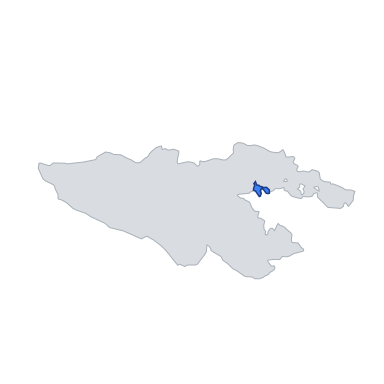 Aravan, Osh, Kyrgyzstan (highlighted), rotated 202°
{"feature_id": "92254566B45437421976043", "entity_name": "Aravan", "entity_type": "district", "adm_level": 2, "iso_a3": "KGZ", "parent_name": "Kyrgyzstan", "parent_adm1": "Osh", "projection": "equal_earth", "projection_center": [72.448, 40.46], "detail": "fine", "context": "in_parent", "style": "filled", "palette": "blue", "viewbox_px": 384, "rotation_deg": 202, "n_neighbors": 0, "source": "geoboundaries", "source_scale": "gbopen_adm2", "svg_char_len": 4073}
<svg xmlns="http://www.w3.org/2000/svg" viewBox="0 0 384 384"><g transform="rotate(202 192 192)"><path d="M87.9,227.3L88.8,226.7L91.7,226.1L97.6,225.5L99.6,226.0L103.6,228.4L106.7,228.1L107.2,228.4L108.4,230.5L112.7,227.5L115.8,226.6L117.3,223.6L120.7,220.0L123.5,219.4L123.5,220.0L124.1,220.5L127.0,221.3L127.9,220.4L128.3,219.1L127.3,217.0L127.3,216.2L128.2,214.9L132.8,216.9L133.8,216.8L135.9,215.7L137.9,213.8L138.6,212.2L148.0,207.3L148.7,206.4L148.5,205.7L144.6,204.6L142.8,205.2L141.1,205.2L140.1,204.5L135.3,204.2L134.3,203.7L131.1,200.2L127.2,197.9L125.2,198.0L123.0,199.0L122.3,198.6L122.1,195.2L121.6,193.2L120.3,192.7L118.5,193.5L113.7,192.4L113.1,188.2L111.3,184.5L108.8,183.0L108.7,180.8L107.8,179.8L107.1,180.1L106.1,181.2L106.5,183.7L106.2,186.1L105.6,187.4L104.5,188.3L103.2,188.3L101.0,187.1L100.6,194.5L100.2,195.0L97.6,193.9L95.5,194.4L92.4,193.9L90.0,192.7L85.5,191.3L83.3,189.9L82.0,184.9L80.8,183.1L79.6,182.8L74.7,184.5L69.7,181.4L67.3,180.8L66.6,179.9L66.8,178.7L74.4,173.2L77.4,169.4L79.3,167.7L84.1,166.0L85.2,162.5L85.6,162.1L90.4,160.4L95.9,157.4L96.0,156.5L95.4,155.8L90.6,153.0L88.1,154.3L86.7,152.7L86.7,151.0L88.3,148.1L89.7,146.7L90.3,144.0L92.3,142.1L94.3,139.2L96.8,136.9L101.3,135.1L103.9,135.7L106.2,135.2L109.9,133.8L112.2,133.7L121.6,135.9L124.8,136.0L132.1,138.9L137.9,140.3L140.7,143.0L149.9,144.3L152.5,145.1L153.4,146.4L156.0,148.1L158.3,148.5L156.3,141.9L157.0,137.9L159.9,127.2L161.4,125.6L168.9,122.6L170.6,120.3L176.0,120.4L177.1,120.0L177.7,118.7L194.5,128.1L200.8,130.7L209.6,133.1L217.0,134.0L218.2,133.4L221.1,129.7L222.5,129.6L240.9,130.2L254.0,128.3L255.9,128.4L260.8,130.4L276.4,131.1L282.5,132.4L292.1,131.9L296.2,132.2L303.6,134.8L306.2,135.4L311.0,135.8L312.9,135.3L313.9,135.9L315.1,139.3L319.8,143.5L321.5,145.8L323.3,146.8L331.9,147.4L335.2,148.4L343.4,156.4L344.6,161.1L343.8,162.1L335.4,162.7L333.5,163.4L331.6,166.9L320.4,171.2L318.7,171.1L303.7,179.2L293.4,186.0L293.0,189.3L287.1,196.7L282.5,197.7L278.5,197.5L272.1,199.8L263.8,199.0L261.0,199.1L255.5,198.1L253.4,198.6L251.1,200.1L248.0,206.1L246.7,207.5L246.1,208.9L245.7,211.8L244.5,214.9L241.9,219.6L239.6,221.8L237.5,223.2L235.7,220.3L232.9,222.3L230.3,221.9L228.7,222.4L225.0,224.9L219.6,224.9L219.0,224.0L217.8,217.1L216.8,213.9L216.0,213.2L215.1,213.1L207.3,218.5L203.7,219.4L200.8,219.6L196.9,218.0L196.0,218.4L195.4,219.3L195.1,220.4L196.3,223.4L196.0,224.0L194.2,224.0L191.8,224.7L184.4,231.0L179.6,232.7L175.2,233.3L172.6,234.5L171.2,236.8L168.3,243.4L168.5,244.8L169.7,246.6L170.6,250.5L170.4,251.6L168.1,254.9L165.1,255.9L162.7,256.4L158.2,255.9L155.8,256.6L151.6,259.1L148.1,259.6L141.4,259.6L134.9,258.7L132.7,259.0L127.0,260.5L125.0,262.8L123.9,265.0L123.4,265.3L121.1,263.3L118.1,259.9L116.7,260.0L111.5,262.8L110.7,262.7L109.2,261.6L109.4,257.3L107.7,256.4L104.2,256.2L103.0,255.3L103.4,252.5L103.0,251.4L102.1,250.6L100.2,250.9L96.5,253.2L92.2,254.0L90.7,254.7L89.0,257.7L83.2,258.4L81.4,257.7L77.9,252.1L74.9,251.3L71.9,251.5L67.7,252.9L66.7,251.7L65.7,251.4L64.7,252.3L59.6,252.5L54.5,252.4L51.5,251.7L49.6,251.8L45.8,253.3L41.2,253.6L40.8,248.4L39.4,244.9L40.9,239.1L41.7,237.2L45.1,239.4L46.4,239.0L46.7,237.9L46.2,235.3L48.0,232.5L60.2,228.6L73.7,234.3L75.4,237.9L76.6,237.7L78.5,236.1L79.1,233.0L81.7,231.3L87.6,229.2L87.9,227.3ZM94.8,240.0L95.0,239.5L94.0,236.8L95.4,234.3L92.7,233.9L91.3,233.1L89.7,230.6L89.2,230.5L88.4,231.2L87.9,232.8L88.3,234.6L90.3,236.3L89.3,239.9L93.4,240.4L94.8,240.0ZM80.6,242.5L80.5,241.7L79.6,241.4L74.5,240.4L74.7,241.1L76.6,243.8L78.1,243.9L80.6,242.5ZM110.8,237.9L111.1,236.2L108.1,237.2L107.7,238.0L108.7,239.1L110.1,239.5L110.8,237.9Z" fill="#d9dde1" stroke="#a8b0b8" stroke-width="1"/><path d="M135.7,216.7L134.1,216.7L133.5,216.7L127.9,213.0L127.1,213.8L127.3,216.7L128.9,218.2L129.2,219.7L128.7,221.5L127.4,221.4L125.7,220.5L122.9,218.7L121.0,218.9L119.8,219.9L121.1,222.9L124.5,224.2L126.2,223.5L126.5,223.3L127.7,222.9L129.4,223.1L130.9,222.6L132.5,223.3L134.6,222.7L137.1,225.4L137.8,223.0L136.4,221.8L136.2,218.2L135.7,216.7Z" fill="#3b82f6" stroke="#1e3a8a" stroke-width="1.5"/></g></svg>